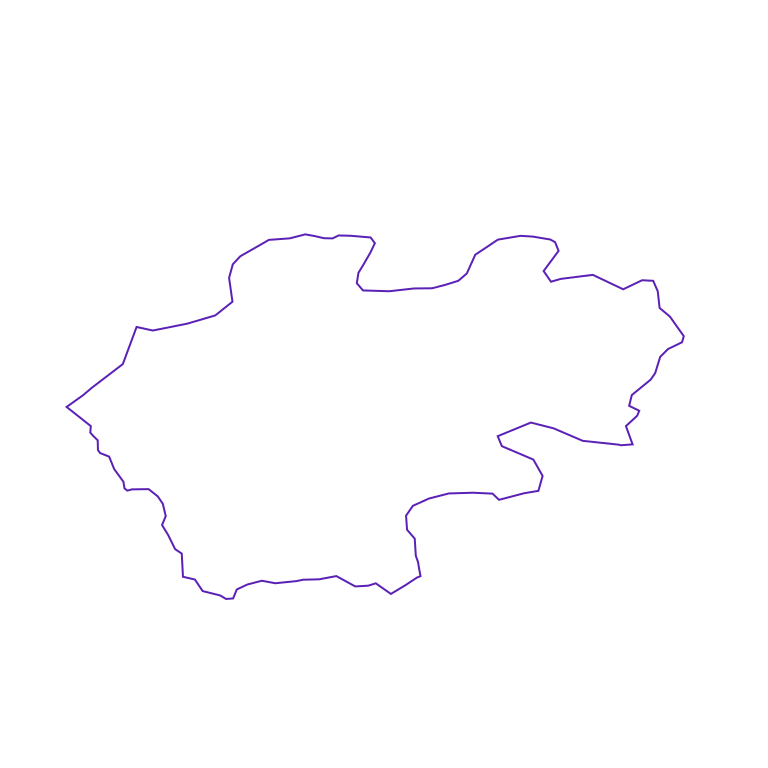 Nkam, Littoral, Cameroon (Robinson projection), rotated 59°
{"feature_id": "32672807B89475673783386", "entity_name": "Nkam", "entity_type": "district", "adm_level": 2, "iso_a3": "CMR", "parent_name": "Cameroon", "parent_adm1": "Littoral", "projection": "robinson", "projection_center": [10.192, 4.582], "detail": "fine", "context": "isolated", "style": "outline", "palette": "violet", "viewbox_px": 768, "rotation_deg": 59, "n_neighbors": 0, "source": "geoboundaries", "source_scale": "gbopen_adm2", "svg_char_len": 1797}
<svg xmlns="http://www.w3.org/2000/svg" viewBox="0 0 768 768"><g transform="rotate(59 384 384)"><path d="M563.8,202.0L551.8,199.7L544.7,198.3L541.6,183.3L538.4,179.0L529.0,185.1L521.1,177.3L517.6,153.2L514.3,145.9L503.0,133.3L500.3,122.5L501.7,107.0L497.4,102.4L473.5,104.2L460.8,108.6L445.5,101.6L434.2,100.1L428.0,109.3L426.0,130.2L398.0,148.8L385.0,178.2L382.3,188.2L369.4,189.0L359.8,165.8L350.5,164.3L345.7,167.1L344.4,168.7L334.3,180.5L327.3,190.7L318.9,212.0L320.2,239.2L331.9,256.1L333.8,267.1L333.0,270.5L330.6,280.3L326.7,293.5L317.6,309.0L307.2,331.7L293.0,353.8L283.6,355.4L275.5,348.6L271.4,340.7L264.4,328.1L258.6,319.3L251.5,320.0L239.8,336.2L233.3,346.4L232.7,353.1L228.1,360.4L221.7,367.0L215.2,374.4L210.6,389.8L201.2,408.4L200.5,441.4L203.5,451.9L213.2,462.1L235.4,471.5L238.3,493.3L230.9,521.7L219.1,554.6L207.7,566.7L232.4,597.6L236.7,636.0L238.6,647.7L240.2,667.9L245.7,665.8L251.0,663.8L269.1,657.0L274.4,660.8L279.1,659.9L284.8,658.4L293.3,663.2L297.0,662.9L304.7,657.0L317.9,659.1L333.6,657.7L339.8,660.2L343.2,658.9L344.5,654.3L352.9,639.9L363.8,635.8L372.8,635.3L384.8,639.1L390.6,646.9L402.3,646.8L418.0,648.1L425.2,644.7L440.8,653.0L445.7,655.6L454.2,646.8L468.1,646.1L480.9,633.3L486.9,630.1L490.1,623.8L484.3,616.0L485.5,604.4L489.7,590.1L493.9,585.3L498.8,579.8L507.8,560.7L510.2,553.9L511.6,551.5L518.0,540.2L524.1,523.8L542.7,512.9L548.8,501.3L550.6,493.7L567.5,486.2L567.5,469.7L566.9,455.5L567.5,451.7L560.9,449.2L554.0,446.5L547.6,445.2L532.4,437.3L520.8,439.3L508.2,432.9L504.5,424.7L503.3,422.0L505.3,404.6L511.2,384.8L523.1,363.6L533.9,347.4L542.5,345.1L549.8,320.2L555.1,306.7L544.5,295.4L525.7,294.9L498.0,315.0L487.3,313.4L492.7,278.0L509.3,261.5L535.1,242.9L557.0,213.9L558.5,212.5L563.8,202.0Z" fill="none" stroke="#5b21b6" stroke-width="2"/></g></svg>